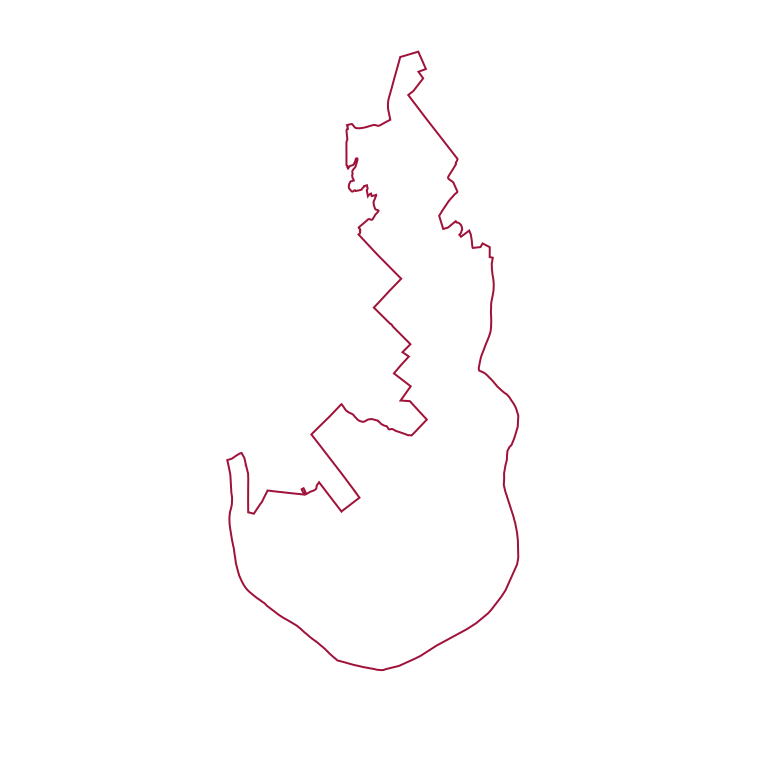 Harsova, Constanta, Romania (Albers equal-area conic projection), rotated 231°
{"feature_id": "2599482B54457444635574", "entity_name": "Harsova", "entity_type": "district", "adm_level": 2, "iso_a3": "ROU", "parent_name": "Romania", "parent_adm1": "Constanta", "projection": "albers", "projection_center": [27.999, 44.706], "detail": "fine", "context": "isolated", "style": "outline", "palette": "rose", "viewbox_px": 768, "rotation_deg": 231, "n_neighbors": 0, "source": "geoboundaries", "source_scale": "gbopen_adm2", "svg_char_len": 6070}
<svg xmlns="http://www.w3.org/2000/svg" viewBox="0 0 768 768"><g transform="rotate(231 384 384)"><path d="M281.9,471.3L285.1,472.0L288.2,472.5L290.5,472.6L294.6,473.1L296.2,473.1L298.7,472.9L299.6,472.6L300.7,472.2L305.1,471.3L310.6,470.5L317.7,470.4L320.2,470.2L324.1,469.8L325.9,469.7L328.9,469.1L330.7,468.4L334.1,466.6L334.8,466.5L335.7,466.9L337.2,468.1L342.8,474.9L344.6,477.4L346.5,480.7L347.7,482.9L350.3,487.2L354.2,494.4L355.8,497.0L357.7,499.8L360.4,502.6L363.6,505.4L366.2,507.6L370.5,510.8L372.6,512.3L375.7,515.1L378.5,517.4L380.3,519.2L385.0,524.9L388.1,528.3L392.6,532.2L396.8,535.0L401.1,537.4L405.8,540.5L409.5,543.3L413.7,548.0L416.1,546.0L423.8,552.3L431.2,549.1L429.7,545.1L433.9,538.6L434.1,538.6L435.5,539.3L440.1,542.4L442.3,543.7L445.5,545.5L449.6,546.8L450.0,536.5L452.2,536.6L452.5,536.5L452.6,537.2L452.9,538.6L453.3,539.4L454.2,540.6L454.9,542.1L455.9,542.5L456.6,543.1L457.9,543.5L458.8,543.9L460.1,543.8L461.4,543.7L462.4,543.3L464.1,541.9L464.4,541.9L464.6,542.2L464.9,542.3L465.4,542.2L465.3,534.0L465.4,531.9L467.2,527.6L480.0,532.7L481.7,537.6L481.8,537.7L485.2,548.7L485.5,550.0L486.0,552.5L486.5,556.0L486.9,557.9L487.0,558.6L486.9,560.7L486.9,561.3L487.1,561.7L487.3,562.0L487.6,562.2L496.6,564.6L497.5,564.7L502.5,563.3L503.3,563.3L504.0,563.6L504.3,564.0L504.7,564.5L505.1,565.6L507.7,573.2L509.5,578.1L509.6,578.4L510.1,578.4L510.6,578.8L511.1,579.9L511.4,580.8L512.0,581.9L512.4,582.6L512.7,582.8L563.9,583.8L593.3,584.7L593.3,587.9L593.2,591.1L596.9,606.8L605.0,607.3L602.4,614.8L620.7,619.8L627.7,602.8L627.9,602.4L625.2,598.7L615.6,585.1L609.8,577.1L603.0,567.5L601.7,565.8L600.4,564.5L598.8,563.0L597.7,562.1L595.5,560.5L593.4,559.3L591.6,558.4L588.1,556.6L585.4,555.2L585.5,554.9L586.7,548.7L587.4,544.5L587.7,543.3L588.1,542.2L588.3,541.9L588.8,541.5L589.7,540.9L590.5,540.3L591.0,539.9L591.6,539.2L592.1,538.3L592.6,537.3L594.9,531.7L596.3,528.9L597.0,527.7L597.7,526.6L598.4,525.6L599.4,524.5L600.3,523.5L600.6,523.2L601.6,522.9L602.6,522.8L605.5,522.8L606.2,522.7L606.4,522.5L607.6,520.1L608.4,518.3L607.7,518.3L607.4,518.1L607.4,517.6L605.9,517.1L604.9,516.4L605.3,515.5L604.8,514.6L603.2,513.4L597.1,509.4L597.0,509.1L595.5,506.9L577.6,492.5L576.7,492.8L575.3,492.6L575.4,491.9L574.1,491.7L574.9,494.6L573.6,497.8L573.9,499.3L574.4,499.9L574.5,500.6L576.2,503.2L576.6,503.5L576.8,503.9L576.8,504.3L576.1,505.2L574.9,504.5L570.7,498.4L570.0,494.9L569.5,493.5L568.7,492.8L567.0,491.8L566.2,490.5L563.4,489.0L562.3,489.1L561.1,488.5L562.5,485.6L561.3,482.8L559.8,481.0L558.2,480.0L554.6,480.0L553.6,480.3L553.1,481.2L553.1,482.8L552.8,483.4L551.8,483.4L549.6,487.7L549.2,489.1L549.8,490.7L549.9,493.0L550.3,493.2L549.2,495.8L546.1,494.2L545.5,492.6L540.1,489.7L540.4,490.7L540.4,493.1L540.1,493.8L537.8,492.7L536.1,496.3L535.9,496.9L535.7,496.8L535.3,496.4L534.5,494.7L533.9,493.8L533.2,492.6L532.7,491.4L531.7,490.1L529.6,488.9L529.1,488.5L527.2,487.9L526.0,487.3L525.5,487.3L524.9,487.4L524.5,487.6L523.6,488.2L522.4,488.9L522.2,488.9L521.9,488.5L521.7,488.2L521.0,483.7L519.4,479.5L519.1,478.2L519.4,477.7L521.4,476.3L521.9,475.7L522.0,475.2L521.8,473.4L521.6,462.9L520.9,462.6L519.6,462.9L518.3,462.3L518.3,461.7L517.9,461.4L516.9,461.0L516.2,460.0L516.2,458.3L488.3,460.3L455.0,463.6L453.0,447.2L450.5,430.0L449.8,424.2L427.0,426.7L426.8,426.9L425.8,427.3L422.6,427.1L398.3,429.6L397.1,418.4L389.7,420.6L388.1,409.6L386.0,398.4L365.4,403.3L360.7,386.5L354.4,393.3L339.3,394.2L329.4,394.9L327.1,377.2L326.7,373.4L326.7,373.0L328.0,371.8L328.9,370.7L329.2,370.3L331.0,369.4L335.7,366.5L337.6,365.3L340.2,363.6L342.5,362.8L343.6,362.2L344.0,361.9L344.6,361.0L345.0,360.0L345.5,359.5L346.1,359.2L346.8,359.3L348.9,359.5L349.5,359.5L349.9,359.3L350.3,358.9L351.5,358.0L354.1,356.9L355.0,356.6L356.6,356.6L358.9,356.0L359.2,356.3L364.4,352.5L365.8,350.4L366.4,349.3L366.7,348.0L366.8,346.9L367.2,345.0L367.6,344.2L368.1,343.6L370.6,341.8L372.6,341.1L377.6,340.7L378.9,340.8L379.6,340.7L380.8,340.3L382.0,339.8L384.0,338.8L385.4,338.3L386.0,338.3L386.5,338.0L387.1,337.8L392.3,338.2L394.9,338.3L395.0,338.3L395.1,337.8L393.0,321.6L391.6,306.5L390.5,295.8L379.2,295.6L341.5,294.7L317.8,293.8L317.9,293.7L311.1,293.4L311.7,271.1L311.6,270.7L331.2,271.2L348.5,271.7L347.6,268.3L347.5,268.0L345.3,265.5L345.2,263.8L345.4,262.7L345.7,261.5L346.5,259.5L346.8,258.3L346.8,257.4L347.6,253.7L348.2,253.4L348.4,253.3L349.3,253.4L349.3,253.5L349.0,254.8L353.6,255.9L354.0,253.7L350.9,253.0L349.3,253.2L348.5,253.2L348.1,253.3L347.7,253.6L347.6,253.4L347.8,252.8L349.9,250.8L357.5,243.2L369.3,231.5L374.5,226.5L373.9,225.3L371.0,218.8L369.1,214.8L368.6,212.4L365.1,201.2L368.3,198.9L369.7,197.7L377.4,203.8L388.9,213.2L395.7,218.8L399.8,221.9L400.5,222.3L401.9,222.9L404.2,224.0L407.9,225.7L408.1,225.6L408.2,225.8L411.8,227.7L414.7,229.0L420.1,229.9L420.9,227.6L420.9,227.1L421.3,224.5L421.7,218.9L423.5,214.3L421.0,213.1L415.7,210.4L410.4,207.6L409.5,206.9L409.1,206.7L396.2,197.4L395.8,197.1L392.0,194.9L390.6,193.9L386.4,190.2L384.1,187.5L381.7,184.1L379.0,181.3L377.9,180.2L375.8,178.4L372.2,175.8L370.0,174.4L366.6,172.4L358.0,167.5L352.8,164.8L351.2,164.1L350.6,163.7L344.1,159.8L343.3,159.4L337.5,155.9L330.7,152.8L325.9,150.8L323.7,150.3L323.6,150.2L319.7,149.2L316.4,148.6L313.8,148.3L310.7,148.2L307.0,148.6L301.1,149.8L297.6,150.6L292.8,152.0L292.2,152.1L289.1,153.1L286.8,153.4L285.9,153.3L284.3,153.7L274.4,156.1L270.7,157.0L265.7,158.6L260.8,160.6L251.0,164.2L246.5,165.1L242.2,165.7L240.2,166.1L238.9,166.4L235.4,167.0L231.2,167.9L224.8,169.6L215.2,171.4L209.1,172.0L204.6,172.7L198.4,173.9L193.1,177.8L185.3,183.3L176.5,190.2L168.2,197.4L166.7,198.4L165.0,200.1L163.2,202.0L162.1,203.6L161.1,206.3L155.5,218.2L151.2,234.7L149.7,241.4L147.7,259.8L141.3,294.2L140.1,305.1L140.3,320.7L141.1,325.6L144.9,341.5L147.3,348.8L160.1,374.0L164.7,379.2L177.9,389.4L184.8,393.9L193.1,398.3L200.3,401.5L224.5,410.8L230.2,413.6L234.9,417.9L239.0,421.1L244.6,427.5L247.6,431.6L251.0,434.6L254.3,437.8L256.1,442.0L256.4,444.8L259.8,451.0L266.5,460.9L274.8,468.4L281.9,471.3Z" fill="none" stroke="#9f1239" stroke-width="2"/></g></svg>